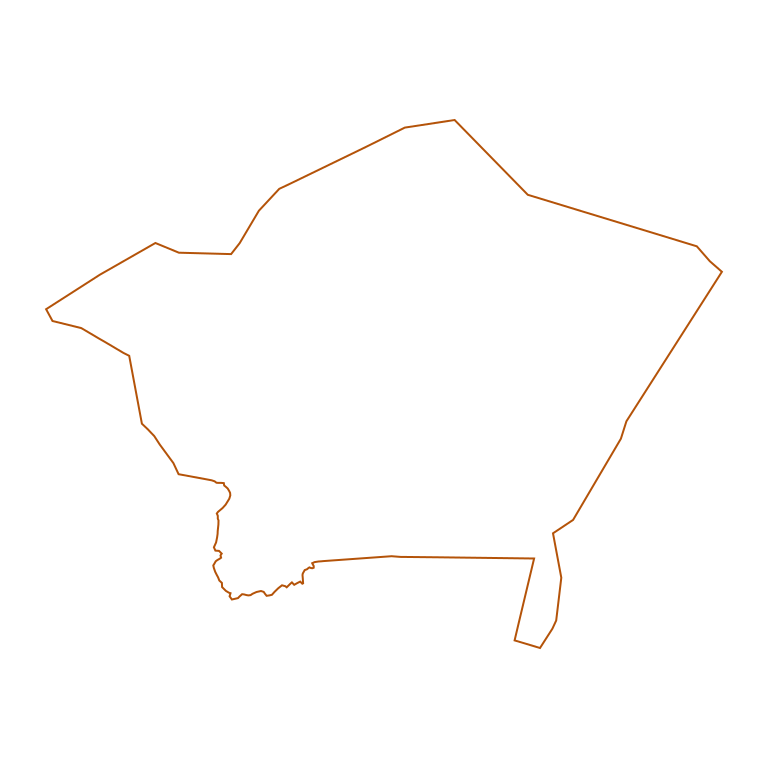 San Miguel Ahuehuetitlán, Oaxaca, Mexico (Albers equal-area conic projection)
{"feature_id": "50627088B72603284023159", "entity_name": "San Miguel Ahuehuetitlán", "entity_type": "district", "adm_level": 2, "iso_a3": "MEX", "parent_name": "Mexico", "parent_adm1": "Oaxaca", "projection": "albers", "projection_center": [-98.356, 17.679], "detail": "fine", "context": "isolated", "style": "outline", "palette": "amber", "viewbox_px": 768, "rotation_deg": 0, "n_neighbors": 0, "source": "geoboundaries", "source_scale": "gbopen_adm2", "svg_char_len": 1838}
<svg xmlns="http://www.w3.org/2000/svg" viewBox="0 0 768 768"><path d="M454.6,120.0L404.8,127.6L366.4,146.7L289.5,184.0L279.3,188.8L258.9,210.7L239.7,243.1L231.1,254.1L178.9,252.7L155.4,243.0L99.9,274.7L46.1,309.2L52.5,321.0L81.3,328.1L98.9,338.5L104.5,341.7L123.4,352.9L128.8,355.6L129.2,355.8L141.9,423.7L148.2,429.7L151.2,432.9L154.2,436.0L159.8,444.6L173.4,463.1L178.6,474.2L206.3,479.3L211.6,480.3L214.6,481.3L216.4,482.7L217.1,482.8L218.8,482.9L221.4,482.9L223.8,483.1L224.2,485.5L225.7,486.7L227.7,488.5L229.3,491.2L230.1,492.9L230.3,495.4L229.3,498.7L225.6,504.7L222.6,508.0L218.0,511.9L216.8,513.5L217.8,515.8L217.8,518.7L218.5,520.4L218.4,524.6L217.7,531.2L217.6,533.8L217.1,537.4L216.1,542.4L213.9,547.3L215.4,550.6L219.0,550.9L221.7,553.6L220.5,555.4L221.1,557.7L219.6,558.8L217.3,560.1L215.7,561.3L214.3,563.8L213.3,565.4L213.8,567.8L215.2,571.8L216.8,575.0L218.0,577.2L218.5,578.4L219.3,580.5L221.9,582.9L222.1,587.1L225.9,590.9L228.9,592.7L230.5,593.2L229.6,596.3L231.9,599.5L238.0,598.1L239.4,596.6L242.1,594.2L243.9,594.4L246.6,595.1L248.4,595.4L250.6,595.1L252.5,593.8L256.5,592.0L261.0,591.0L263.7,591.9L265.0,593.8L265.9,594.9L266.6,595.8L269.4,595.4L271.9,594.8L274.6,591.8L278.3,588.2L282.0,585.3L285.3,586.2L286.7,587.3L290.5,583.6L291.9,582.4L294.2,584.8L297.4,583.0L300.2,581.6L302.3,583.7L303.1,583.3L302.8,578.5L302.5,575.0L302.8,573.5L304.7,570.1L307.1,569.2L308.2,568.2L309.4,567.4L311.1,568.1L312.5,568.2L313.7,567.7L313.7,566.0L312.7,564.2L312.2,563.2L314.6,562.1L318.5,561.5L321.4,561.3L323.3,561.1L391.8,556.2L392.7,556.3L400.4,556.9L438.6,557.3L510.8,558.2L534.1,558.5L518.5,623.9L514.6,640.4L540.0,648.0L552.4,628.7L556.2,620.5L561.3,577.7L553.0,533.3L573.1,519.9L620.9,438.7L626.4,421.3L721.9,271.8L709.9,261.3L696.8,246.3L527.8,194.8L454.6,120.0Z" fill="none" stroke="#b45309" stroke-width="2"/></svg>